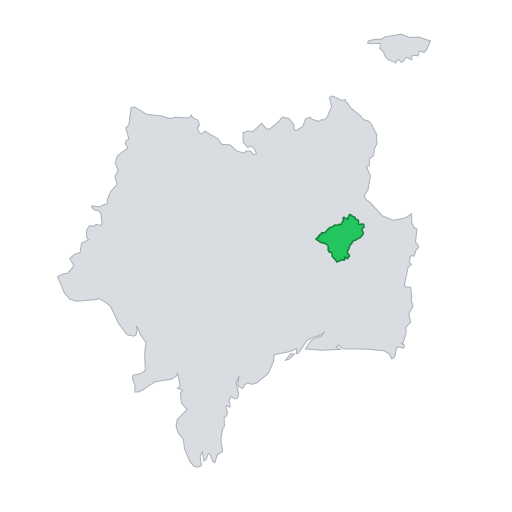 location of Aveyron within France, rotated 263°
{"feature_id": "FRA-5272", "entity_name": "Aveyron", "entity_type": "Metropolitan department", "adm_level": 1, "iso_a3": "FRA", "parent_name": "France", "parent_adm1": "", "projection": "mercator", "projection_center": [2.826, 44.313], "detail": "fine", "context": "in_parent", "style": "filled", "palette": "green", "viewbox_px": 512, "rotation_deg": 263, "n_neighbors": 0, "source": "natural_earth", "source_scale": "10m", "svg_char_len": 6911}
<svg xmlns="http://www.w3.org/2000/svg" viewBox="0 0 512 512"><g transform="rotate(263 256 256)"><path d="M403.7,208.9L400.3,210.8L398.2,214.6L396.0,215.5L392.1,215.6L390.2,213.2L385.4,214.7L383.5,217.2L386.3,220.2L376.9,232.5L370.9,235.7L369.6,243.7L362.6,249.7L359.9,255.9L359.7,257.2L361.5,259.2L360.7,263.3L357.2,265.9L357.2,268.5L358.2,268.9L363.7,266.8L365.7,264.4L364.7,261.1L370.2,257.1L380.0,258.1L381.1,263.5L379.9,268.0L386.9,277.7L380.8,282.2L380.4,285.2L386.7,294.9L390.7,299.0L388.5,305.4L381.9,309.6L377.6,309.3L375.8,310.3L376.0,312.3L378.9,318.2L386.1,322.0L387.2,326.4L385.2,327.9L381.9,334.6L383.3,337.8L382.8,339.3L383.5,341.5L385.4,343.7L395.3,349.3L404.3,348.2L405.5,351.5L400.0,360.0L400.3,363.9L397.5,363.9L397.0,365.3L391.5,368.1L382.5,376.7L378.3,379.2L376.6,383.6L374.2,386.0L361.3,390.9L358.9,389.8L352.6,389.9L348.7,386.8L341.2,384.9L338.8,380.4L331.8,379.5L331.4,376.5L321.6,379.3L307.8,375.1L302.9,370.7L298.9,371.9L295.3,375.8L280.5,386.2L274.6,397.0L275.7,409.5L279.1,415.6L270.1,414.7L264.7,416.5L263.3,419.1L250.5,416.0L245.8,418.6L244.5,418.4L242.8,415.8L236.5,412.9L237.5,410.8L236.6,409.0L230.7,407.5L228.7,409.3L226.4,405.7L209.9,400.0L207.2,400.1L206.1,405.7L195.5,405.6L194.0,404.6L187.1,405.7L179.8,400.5L171.7,401.5L166.7,396.1L161.8,395.7L155.0,392.9L151.9,391.4L151.5,389.8L149.5,392.3L146.9,391.7L146.4,391.0L148.0,388.0L148.3,384.4L139.8,381.8L137.5,379.3L137.5,377.9L142.1,376.7L146.3,371.8L150.2,353.9L153.0,332.6L155.1,328.6L157.8,327.4L155.6,324.5L153.0,328.4L154.6,308.6L157.7,293.7L164.9,299.8L166.6,302.4L168.7,311.3L172.7,315.0L170.1,311.4L167.5,299.6L165.9,296.3L154.4,286.3L154.0,284.0L159.1,285.2L157.0,277.7L155.8,262.0L148.9,260.4L137.7,253.6L130.0,241.4L129.1,236.9L131.1,232.0L129.4,229.0L126.1,226.8L128.6,222.7L130.9,222.2L139.0,224.6L132.4,220.7L121.7,222.0L117.4,220.6L116.7,217.7L119.6,214.0L116.0,211.6L109.9,212.2L109.1,211.2L110.9,208.5L109.4,207.5L104.4,208.5L101.6,207.7L98.9,204.6L90.8,203.9L89.0,202.1L77.9,198.6L66.3,199.2L63.0,193.0L55.9,190.0L57.3,188.1L64.4,186.3L65.8,184.5L60.6,182.0L58.8,179.4L68.3,178.8L64.0,176.1L54.7,176.3L53.5,172.6L54.7,168.8L60.1,165.3L73.4,161.6L83.2,161.5L90.0,157.1L96.8,155.9L103.3,158.0L112.1,168.9L119.1,164.1L129.4,164.3L131.6,167.0L134.3,162.0L136.6,164.9L149.3,163.9L146.4,162.0L144.0,157.4L143.5,140.3L137.0,127.8L135.4,123.2L135.7,119.3L143.3,120.0L149.6,118.3L152.7,119.5L153.4,127.6L156.0,132.2L173.5,133.7L183.6,136.2L192.1,131.6L200.1,129.6L200.7,128.5L196.1,128.9L191.9,127.0L191.4,124.8L193.5,118.5L205.7,111.5L223.5,105.5L228.1,101.5L233.3,94.3L232.2,92.5L233.0,72.6L235.6,66.1L242.4,61.4L259.7,56.6L261.9,63.0L261.7,66.5L266.3,72.1L268.6,73.9L276.2,70.8L279.8,76.1L280.9,81.9L290.0,84.3L292.6,91.9L294.3,90.3L300.0,90.6L302.7,91.2L306.4,94.6L305.3,99.1L306.9,101.3L305.3,105.4L306.4,107.2L316.9,107.2L320.0,105.3L321.4,101.2L324.6,98.7L325.8,99.4L323.8,107.2L325.2,109.2L326.0,114.7L329.9,115.2L337.6,119.6L344.1,126.9L352.1,125.7L358.3,129.7L364.9,127.6L371.0,129.8L373.1,131.9L378.8,142.1L383.2,140.0L386.4,141.2L387.4,144.1L399.1,142.4L401.2,145.3L403.6,146.3L418.4,150.1L418.6,153.9L410.0,164.6L406.3,179.8L403.8,185.1L402.8,189.0L403.5,191.6L403.1,195.7L401.3,205.5L402.3,208.3L403.7,208.9ZM456.5,401.3L455.8,406.9L457.8,411.0L458.5,427.2L454.2,434.9L453.5,444.3L448.2,455.4L439.9,450.5L437.5,447.7L439.7,443.5L434.9,441.2L436.1,437.0L435.6,435.0L432.2,434.8L432.0,433.7L434.5,430.5L434.4,428.5L431.2,426.0L430.6,423.8L433.7,421.3L432.3,419.0L430.6,418.5L434.8,411.1L437.7,408.9L444.1,406.8L446.8,404.0L451.0,405.5L451.8,404.8L453.2,393.1L454.7,392.9L456.0,394.5L456.5,401.3ZM154.9,278.6L153.9,282.1L149.5,276.0L149.0,272.6L154.9,278.6Z" fill="#d9dde1" stroke="#a8b0b8" stroke-width="1"/><path d="M248.8,331.7L249.9,331.4L250.6,331.0L250.7,330.1L250.9,329.1L251.4,328.9L251.6,328.9L253.4,328.3L253.7,328.3L253.9,328.3L254.1,328.5L254.2,328.8L254.5,328.9L254.8,328.9L255.1,328.7L255.3,328.6L255.7,328.7L256.8,328.7L257.7,328.6L258.2,328.3L258.5,328.0L258.8,327.5L259.7,326.6L259.8,326.3L260.0,326.1L260.1,325.8L260.2,325.1L260.2,324.8L260.5,324.2L261.2,323.3L261.4,323.0L261.4,322.7L261.5,322.2L261.5,321.9L261.7,321.7L265.4,317.6L265.6,317.7L265.8,317.8L265.9,318.1L266.1,318.3L266.5,318.8L266.6,319.1L266.7,319.3L266.8,319.6L266.8,319.9L266.7,320.4L266.8,320.5L267.0,320.6L267.8,320.4L268.1,320.4L268.3,320.5L268.6,321.1L269.2,321.8L269.4,322.1L269.6,322.9L269.7,323.2L269.9,323.4L270.1,323.5L270.8,323.7L270.9,323.8L271.1,323.9L271.1,324.1L271.1,324.3L270.8,324.4L270.6,324.6L270.5,324.8L270.6,325.0L270.7,325.3L270.8,325.5L270.8,325.8L270.9,326.6L270.9,326.9L271.0,327.4L271.3,327.9L271.4,328.2L271.6,328.4L272.6,329.2L275.0,332.4L275.5,333.5L275.5,333.8L275.5,334.0L275.4,334.4L275.4,334.7L275.6,335.4L275.7,335.8L275.9,336.1L277.0,337.4L277.1,337.8L277.1,338.1L277.1,338.4L277.0,338.7L277.0,339.0L277.0,339.3L276.8,339.6L276.7,339.8L276.7,340.1L276.7,340.4L276.7,341.0L276.8,341.5L277.3,342.2L277.3,342.5L277.3,342.8L276.8,343.8L276.7,344.1L276.6,344.3L276.8,344.5L277.3,344.5L277.9,345.0L278.9,345.5L279.2,345.6L279.5,345.9L279.6,346.2L279.7,346.5L279.7,346.8L279.8,347.1L280.0,347.2L282.3,347.0L282.8,347.0L283.1,347.1L283.3,347.3L283.6,347.5L283.8,348.1L282.8,348.8L282.4,349.5L282.4,350.3L282.3,350.6L282.1,350.8L281.5,351.1L281.3,351.3L281.2,351.5L281.4,351.7L281.6,351.9L281.8,352.0L282.1,352.0L282.3,351.9L282.5,351.9L282.7,352.0L282.9,352.3L283.1,352.5L283.3,352.6L283.8,352.6L284.1,352.6L284.3,352.8L284.7,353.2L285.4,353.6L285.6,353.9L285.8,354.2L285.8,354.4L285.7,354.6L284.8,355.6L284.4,356.0L283.8,356.6L283.5,356.9L283.2,357.1L282.8,358.5L282.2,359.0L280.9,359.1L280.5,359.4L280.1,359.8L279.9,360.1L279.8,360.4L279.8,360.7L279.7,361.1L279.4,361.6L279.1,361.9L278.8,362.0L278.5,362.1L278.3,362.1L278.0,362.0L277.6,361.9L276.8,361.9L276.5,361.9L276.0,361.7L275.6,361.7L275.1,361.8L274.8,361.9L274.6,362.2L274.6,362.4L274.5,362.9L274.5,363.2L274.6,363.4L274.8,363.7L274.9,363.9L274.9,364.2L274.8,364.4L274.7,364.7L274.7,364.9L274.7,365.5L274.7,365.9L274.6,366.4L274.4,366.7L274.1,366.9L273.8,366.9L273.6,366.8L273.4,366.8L273.1,366.6L272.9,366.5L272.6,366.5L272.1,366.5L271.3,366.7L271.0,365.6L270.4,365.0L268.0,364.4L266.7,365.1L265.8,365.4L264.9,365.1L263.9,364.4L262.2,362.6L261.4,361.4L260.9,360.0L260.4,358.0L260.1,357.5L259.6,357.1L259.4,356.7L259.4,356.1L259.6,355.5L258.3,353.4L257.9,352.9L257.0,352.8L256.5,352.5L256.4,352.4L256.0,351.3L255.6,350.8L254.6,350.2L253.4,349.9L252.9,349.3L252.6,349.1L251.5,349.1L251.1,348.7L250.6,348.1L249.2,347.2L248.6,347.1L248.0,347.1L245.4,348.6L244.6,348.8L244.2,348.0L244.1,347.8L242.5,347.2L242.3,346.4L242.6,345.5L243.8,344.9L244.0,343.8L241.8,343.6L241.1,343.2L241.2,342.7L241.2,342.2L241.2,341.7L241.5,341.3L242.1,340.9L242.1,340.5L241.3,339.4L240.9,338.5L240.2,335.4L241.7,334.8L242.8,334.2L244.5,332.8L245.6,332.2L246.1,331.8L246.6,331.5L248.8,331.7Z" fill="#22c55e" stroke="#15803d" stroke-width="1.5"/></g></svg>